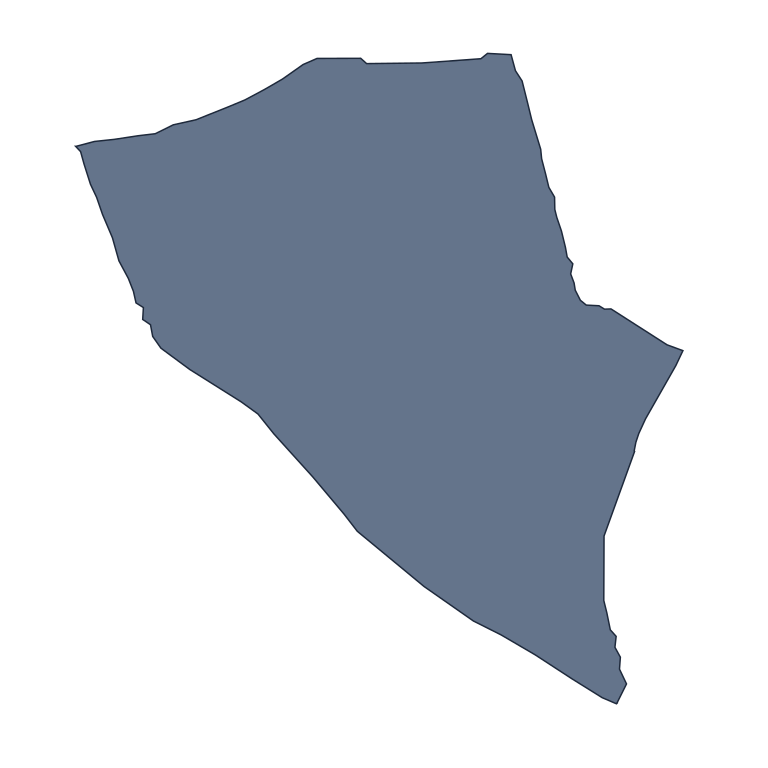 Delami, South Kordufan, Sudan, rotated 268°
{"feature_id": "16777658B3840179969595", "entity_name": "Delami", "entity_type": "district", "adm_level": 2, "iso_a3": "SDN", "parent_name": "Sudan", "parent_adm1": "South Kordufan", "projection": "orthographic", "projection_center": [30.319, 11.667], "detail": "fine", "context": "isolated", "style": "filled", "palette": "slate", "viewbox_px": 768, "rotation_deg": 268, "n_neighbors": 0, "source": "geoboundaries", "source_scale": "gbopen_adm2", "svg_char_len": 1356}
<svg xmlns="http://www.w3.org/2000/svg" viewBox="0 0 768 768"><g transform="rotate(268 384 384)"><path d="M703.5,433.1L704.8,377.8L710.3,372.1L711.7,328.4L706.1,314.3L692.2,293.0L682.4,274.6L672.7,254.8L665.8,236.4L660.2,220.8L654.6,205.2L650.4,182.5L642.1,164.1L640.7,147.1L637.9,123.0L636.5,103.1L632.3,84.7L632.3,84.1L626.8,88.9L614.3,91.9L593.9,97.6L580.6,103.3L563.3,108.6L539.6,117.7L516.3,123.4L498.4,132.2L485.4,136.8L473.7,139.0L468.8,146.2L456.9,145.1L451.4,152.7L439.6,154.5L427.6,162.3L419.0,173.1L405.2,190.5L371.1,240.7L358.4,257.0L338.0,272.2L293.6,309.6L255.4,339.5L237.7,352.2L211.0,382.3L180.2,417.0L144.0,465.1L129.2,492.2L108.0,525.7L82.7,561.7L62.9,591.1L56.5,604.7L56.5,604.8L56.3,605.2L56.9,605.8L57.0,605.6L57.2,605.8L75.8,615.9L90.8,609.4L102.7,610.7L112.8,605.6L123.7,607.2L130.4,601.6L147.6,598.7L160.0,596.1L224.4,598.6L266.3,615.4L276.2,619.4L307.9,632.1L308.4,631.7L317.0,633.7L325.6,636.9L340.1,644.2L392.2,676.3L406.9,683.9L413.3,668.2L451.1,613.5L451.1,607.0L454.7,601.6L455.8,588.9L460.8,583.2L471.1,578.4L478.3,577.5L487.5,574.4L497.5,576.9L504.5,571.5L514.2,570.1L530.6,566.7L544.5,562.5L552.5,560.8L564.8,561.0L574.8,555.6L588.4,552.8L603.6,549.4L613.1,548.8L643.1,540.8L659.5,537.4L682.0,532.6L692.5,526.3L708.7,522.5L710.8,499.0L705.7,492.2L703.5,433.1Z" fill="#64748b" stroke="#1e293b" stroke-width="1.5"/></g></svg>